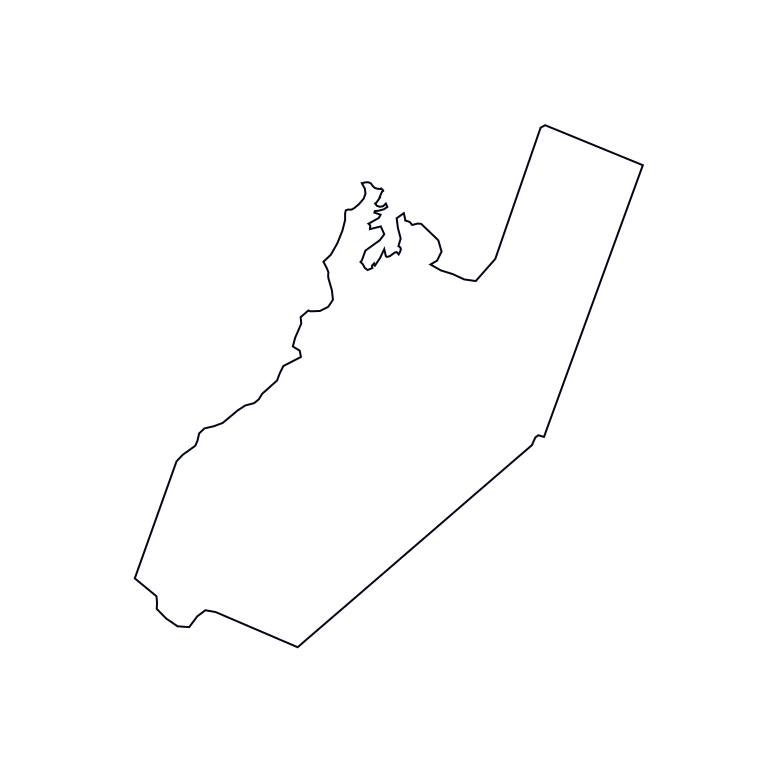 SVG path tracing the border of Mara, rotated 110°
{"feature_id": "TZA-3394", "entity_name": "Mara", "entity_type": "Region", "adm_level": 1, "iso_a3": "TZA", "parent_name": "United Republic of Tanzania", "parent_adm1": "", "projection": "orthographic", "projection_center": [33.712, -1.747], "detail": "fine", "context": "isolated", "style": "outline", "palette": "ink", "viewbox_px": 768, "rotation_deg": 110, "n_neighbors": 0, "source": "natural_earth", "source_scale": "10m", "svg_char_len": 2190}
<svg xmlns="http://www.w3.org/2000/svg" viewBox="0 0 768 768"><g transform="rotate(110 384 384)"><path d="M375.5,215.5L379.0,215.6L379.4,221.5L382.5,223.5L390.9,224.1L407.8,233.6L456.4,260.8L505.0,287.9L541.6,308.4L553.5,315.0L602.1,342.2L650.6,369.4L660.9,375.1L655.9,464.3L657.7,474.5L666.2,480.0L679.1,483.9L682.3,495.1L678.9,508.4L673.1,520.6L666.8,522.6L661.3,525.2L651.9,551.7L527.6,552.5L519.3,548.9L506.6,540.2L500.9,539.9L493.6,540.8L487.1,537.5L482.0,529.6L475.8,522.3L459.1,512.6L451.7,507.1L446.4,499.5L441.2,496.4L435.0,495.2L417.3,485.7L409.4,485.6L401.5,484.7L387.0,471.3L381.5,474.6L379.9,482.5L370.9,483.3L355.6,482.4L349.7,485.2L340.8,480.2L340.9,478.1L337.3,469.2L330.6,462.8L322.3,460.8L313.8,465.0L303.5,472.5L301.4,473.5L298.0,474.5L295.0,477.1L289.8,482.7L280.8,478.2L268.0,476.0L254.4,475.5L243.3,476.6L237.0,478.9L233.8,479.3L232.3,477.3L231.4,474.4L228.9,472.1L223.1,468.8L216.7,466.5L211.4,466.5L207.0,468.8L202.9,473.5L201.1,470.8L200.3,469.2L199.8,467.3L200.0,464.9L202.1,461.8L202.9,459.4L202.8,457.7L202.4,455.3L201.8,453.4L201.3,453.4L202.3,451.0L202.8,450.8L203.3,451.4L204.4,451.7L210.8,452.0L210.7,451.7L216.3,453.2L217.4,454.1L219.0,451.6L218.9,448.5L217.2,445.6L213.8,444.0L216.5,441.4L219.9,443.9L223.0,448.3L224.6,451.7L226.2,451.7L226.1,445.1L229.8,445.7L238.7,453.4L239.3,451.8L240.1,451.0L243.3,450.2L237.0,440.9L243.2,435.0L250.3,437.1L265.0,447.1L275.5,447.1L277.3,447.8L278.8,444.7L281.5,441.7L282.5,438.4L279.0,434.6L277.2,435.6L276.5,435.7L275.9,435.3L274.2,434.6L275.0,434.1L275.3,434.1L275.4,433.9L275.9,433.0L266.9,430.8L257.2,429.9L263.2,426.0L263.6,424.7L261.8,422.2L257.0,419.0L255.7,417.2L257.2,414.5L254.3,414.1L251.8,414.2L250.1,415.3L249.5,417.6L241.6,418.1L232.6,424.3L223.9,428.8L216.7,423.8L222.2,420.3L223.1,420.0L222.9,416.6L223.1,415.0L224.9,411.9L221.7,407.2L220.8,403.8L230.4,382.1L239.9,375.2L249.9,376.3L255.8,381.2L257.8,369.5L257.2,356.9L258.3,344.5L255.9,333.0L228.4,322.2L89.6,324.5L85.7,321.1L89.9,215.6L90.2,215.6L118.1,215.6L131.6,215.6L173.1,215.6L214.5,215.6L249.2,215.6L255.9,215.6L295.7,215.6L297.4,215.6L338.8,215.6L357.3,215.6L374.5,215.6L375.5,215.5Z" fill="none" stroke="#020617" stroke-width="2"/></g></svg>